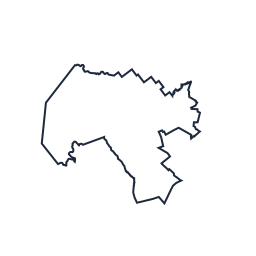 the district of Lampazos de Naranjo, Nuevo León, Mexico, rotated 323°
{"feature_id": "50627088B62674122669839", "entity_name": "Lampazos de Naranjo", "entity_type": "district", "adm_level": 2, "iso_a3": "MEX", "parent_name": "Mexico", "parent_adm1": "Nuevo León", "projection": "natural_earth1", "projection_center": [-100.346, 27.012], "detail": "fine", "context": "isolated", "style": "outline", "palette": "slate", "viewbox_px": 256, "rotation_deg": 323, "n_neighbors": 0, "source": "geoboundaries", "source_scale": "gbopen_adm2", "svg_char_len": 5639}
<svg xmlns="http://www.w3.org/2000/svg" viewBox="0 0 256 256"><g transform="rotate(323 128 128)"><path d="M50.4,114.7L52.1,115.0L53.2,115.3L53.6,115.5L54.1,115.9L54.5,116.5L54.4,117.3L54.1,118.2L54.2,118.5L54.4,118.7L54.5,118.9L54.8,119.1L55.0,119.3L55.3,120.0L55.6,120.4L56.0,120.8L56.4,120.7L56.7,119.9L56.9,119.7L57.4,119.3L57.8,118.6L58.7,118.0L59.3,118.0L59.7,117.9L61.2,117.1L62.0,117.0L62.5,117.2L64.3,119.4L65.1,120.1L65.2,120.4L65.3,120.7L65.3,121.0L65.1,122.1L65.1,122.4L65.2,122.9L66.0,122.1L66.4,121.8L67.3,120.4L67.3,120.1L66.4,118.8L66.0,118.4L65.5,117.2L65.2,115.6L65.2,114.4L65.0,113.4L65.1,113.1L65.8,112.7L66.1,112.5L67.0,112.4L67.8,112.7L68.4,113.1L68.9,113.8L69.1,113.9L69.3,113.9L70.2,113.6L70.5,113.4L71.3,112.4L71.7,111.6L71.7,110.4L71.8,110.1L72.1,109.4L72.3,109.1L73.1,108.7L73.4,108.5L73.6,108.3L74.0,107.4L74.2,107.2L74.7,107.0L75.3,107.0L76.1,106.7L76.9,106.6L77.2,106.8L77.7,107.2L77.9,107.6L78.1,109.3L78.2,109.8L78.3,112.0L78.4,112.4L78.5,112.5L78.8,112.2L79.3,111.9L79.7,111.8L80.5,112.0L81.1,112.5L81.6,113.0L82.0,114.0L82.0,114.3L102.4,120.5L103.5,120.8L102.9,121.5L102.7,121.8L102.6,122.3L102.8,123.2L102.9,123.9L102.9,124.3L103.1,124.5L103.1,124.9L103.1,125.2L102.6,126.5L102.2,127.7L102.2,128.4L102.3,129.3L102.1,130.8L102.0,131.4L102.1,131.9L102.4,132.7L102.4,133.7L102.3,133.9L101.6,134.8L101.5,135.0L101.4,135.4L101.4,135.8L101.6,136.6L102.0,137.4L102.1,138.0L101.9,139.2L102.1,140.0L102.2,140.4L102.0,141.3L102.0,141.7L102.7,143.7L102.3,145.3L101.9,146.1L101.5,146.4L101.5,146.8L102.0,148.2L102.6,151.0L102.1,154.7L102.2,156.4L101.7,157.4L101.1,158.8L101.0,159.5L100.3,161.2L100.4,161.7L100.6,161.8L100.5,162.2L100.9,162.4L100.9,162.6L101.1,163.0L100.9,163.3L101.2,163.6L101.0,164.1L101.1,164.4L101.3,164.6L101.4,164.9L101.2,165.2L101.2,165.6L101.4,166.2L101.3,166.4L101.4,166.7L101.2,167.0L101.5,167.5L101.3,167.8L101.5,168.2L101.5,169.0L102.0,169.3L102.0,169.5L102.1,170.8L102.1,171.1L102.6,171.4L102.7,171.6L102.7,172.0L102.0,172.6L101.4,173.5L101.1,174.0L101.1,174.3L100.8,174.5L100.3,174.9L100.3,175.1L100.2,175.1L100.0,175.4L99.9,175.7L99.7,175.7L99.4,175.9L99.4,176.0L99.0,176.3L98.9,176.7L98.7,177.0L97.9,177.7L97.6,177.7L97.5,178.0L95.4,180.3L93.4,182.6L91.4,187.5L90.2,193.1L105.2,199.6L111.1,201.6L111.7,210.1L125.0,203.2L129.1,201.2L133.5,200.9L138.9,202.0L138.3,200.8L137.3,196.9L136.2,193.7L137.3,191.8L136.2,185.7L134.9,186.0L134.8,184.6L134.6,183.3L133.7,178.9L133.7,177.9L133.5,177.3L133.5,176.4L139.3,176.2L144.4,176.0L144.5,171.9L140.5,162.3L145.2,163.7L146.7,160.2L148.9,155.4L150.3,149.5L153.8,150.4L153.5,152.2L154.7,152.6L154.1,156.1L164.0,157.4L168.6,158.3L174.4,171.6L174.3,172.0L173.3,172.4L173.0,172.8L172.6,173.5L172.8,173.4L172.8,173.5L172.5,174.0L172.4,174.4L175.9,174.1L175.9,174.6L183.3,174.0L182.4,171.8L182.3,170.7L181.5,169.8L182.2,167.4L181.9,166.6L181.5,165.9L181.9,165.5L184.1,163.1L185.1,163.9L185.4,164.3L185.5,164.3L185.6,164.2L187.0,165.3L189.3,163.5L189.4,163.4L194.7,159.1L194.6,158.8L193.5,156.8L194.8,154.8L190.2,151.0L190.7,150.3L190.7,149.8L195.3,150.7L198.6,149.3L197.9,147.7L198.6,147.1L195.6,140.1L197.8,136.6L198.4,136.3L198.9,134.8L199.0,133.8L204.3,130.3L206.1,129.2L206.2,128.8L206.1,128.7L205.8,128.7L205.7,128.8L205.2,128.6L204.6,128.3L204.4,128.4L204.0,128.8L203.5,128.8L203.4,128.6L203.4,128.4L203.2,127.9L203.2,127.5L203.1,127.4L202.9,127.5L202.6,127.8L202.6,128.0L202.5,127.9L202.3,128.0L202.1,127.6L201.9,127.5L201.6,127.7L201.2,128.0L200.7,127.8L200.6,127.7L200.6,127.4L200.4,127.4L200.3,127.2L200.1,127.1L199.9,127.1L199.6,127.4L199.3,127.1L199.0,126.8L198.6,126.7L198.4,126.8L198.2,126.8L197.8,126.2L197.7,126.0L197.1,125.8L197.0,125.5L196.9,125.4L196.8,125.5L196.6,126.1L196.3,126.7L196.0,126.7L195.8,126.9L195.9,127.1L196.2,127.0L196.3,127.1L196.2,127.5L195.9,127.6L195.5,127.6L194.8,128.2L194.0,128.2L193.8,128.1L193.5,128.2L193.1,128.1L192.6,128.0L192.4,128.1L192.2,128.0L191.9,128.1L191.6,128.0L191.6,128.3L191.4,128.2L191.0,128.2L190.7,128.4L190.4,128.1L190.0,127.8L189.9,127.8L189.9,127.6L189.5,127.5L189.3,127.4L189.2,127.0L189.4,127.0L189.4,126.7L189.3,126.8L189.2,126.6L189.1,126.8L189.0,126.7L188.6,126.7L188.9,126.6L188.5,126.3L188.5,126.1L188.3,126.1L187.8,126.2L187.9,126.3L187.6,126.4L187.3,126.3L186.6,126.5L186.8,126.7L186.7,126.9L186.5,127.1L186.3,127.2L186.3,127.4L186.3,127.5L186.2,127.5L186.3,127.7L186.2,127.8L186.0,127.7L185.7,128.0L185.3,127.9L185.0,127.9L184.8,127.9L184.6,128.2L184.4,128.1L184.2,128.3L184.0,128.2L183.9,128.4L183.8,128.5L183.5,128.5L183.4,128.3L183.1,128.4L182.8,128.8L182.7,124.4L177.3,124.4L177.3,116.7L180.9,116.7L180.9,108.9L177.3,108.9L177.3,101.1L168.2,101.1L168.2,91.3L166.4,91.3L166.4,83.5L153.8,83.5L153.8,77.7L148.3,77.7L144.7,73.7L144.7,72.1L144.8,71.9L144.7,71.6L144.4,71.4L143.7,71.3L143.3,71.3L143.0,71.1L142.3,71.1L142.0,71.0L141.8,70.6L141.7,69.5L141.6,69.2L141.8,68.4L141.6,68.1L141.4,67.8L141.3,67.5L140.6,67.2L140.0,67.1L139.6,67.4L138.9,67.5L138.5,67.8L137.9,67.7L137.4,67.7L136.9,67.5L136.9,67.3L137.0,66.9L137.0,66.6L136.6,66.2L136.4,65.8L135.9,65.7L135.4,65.9L135.2,65.9L135.0,65.6L134.8,64.6L134.6,64.3L134.1,64.2L133.5,63.5L132.2,62.4L131.5,61.6L131.1,61.3L130.5,60.3L130.3,58.8L130.2,58.5L129.9,58.3L128.9,57.9L128.3,57.4L127.8,57.4L127.5,57.2L127.3,56.4L127.7,55.0L127.6,54.7L127.7,53.7L128.2,53.2L129.3,52.8L129.5,52.7L130.0,51.9L130.0,51.1L130.0,50.6L129.8,50.4L129.2,50.0L128.7,50.0L128.4,50.1L127.9,50.2L127.3,50.1L127.1,49.9L127.1,49.5L126.8,48.8L126.8,48.5L126.6,48.1L126.5,47.8L126.1,47.5L125.8,47.1L125.5,46.8L125.0,46.9L124.6,46.8L124.4,46.8L124.0,46.5L123.5,45.9L77.7,58.4L49.8,88.5L50.4,114.7Z" fill="none" stroke="#1e293b" stroke-width="2"/></g></svg>